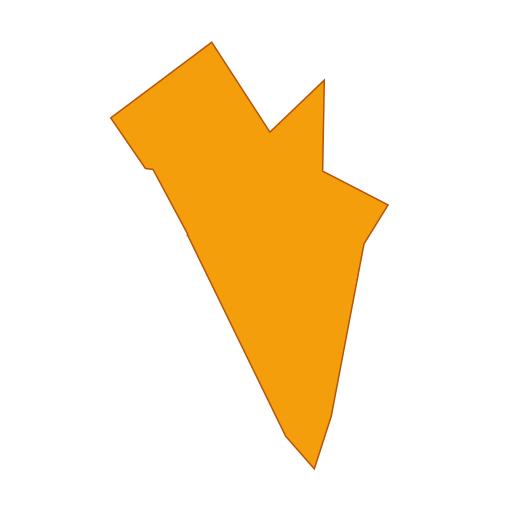 81, Ar Rayyān, Qatar (Natural Earth projection), rotated 266°
{"feature_id": "91078587B52698515683272", "entity_name": "81", "entity_type": "district", "adm_level": 2, "iso_a3": "QAT", "parent_name": "Qatar", "parent_adm1": "Ar Rayyān", "projection": "natural_earth1", "projection_center": [51.325, 25.138], "detail": "fine", "context": "isolated", "style": "filled", "palette": "amber", "viewbox_px": 512, "rotation_deg": 266, "n_neighbors": 0, "source": "geoboundaries", "source_scale": "gbopen_adm2", "svg_char_len": 407}
<svg xmlns="http://www.w3.org/2000/svg" viewBox="0 0 512 512"><g transform="rotate(266 256 256)"><path d="M39.6,299.3L90.9,319.9L172.3,341.3L260.6,364.6L297.7,391.3L336.0,328.4L426.7,336.4L378.6,278.5L472.4,226.7L471.3,225.1L431.4,163.4L403.9,120.7L351.0,151.8L349.6,159.3L282.5,189.4L281.4,189.0L281.4,189.3L202.2,221.3L74.2,273.0L39.6,299.3Z" fill="#f59e0b" stroke="#b45309" stroke-width="1.5"/></g></svg>